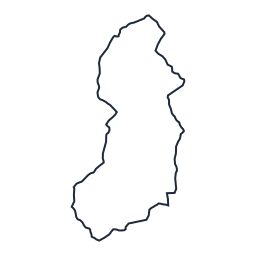 outline of Singida
{"feature_id": "TZA-3390", "entity_name": "Singida", "entity_type": "Region", "adm_level": 1, "iso_a3": "TZA", "parent_name": "United Republic of Tanzania", "parent_adm1": "", "projection": "albers", "projection_center": [34.489, -5.65], "detail": "fine", "context": "isolated", "style": "outline", "palette": "slate", "viewbox_px": 256, "rotation_deg": 0, "n_neighbors": 0, "source": "natural_earth", "source_scale": "10m", "svg_char_len": 2113}
<svg xmlns="http://www.w3.org/2000/svg" viewBox="0 0 256 256"><path d="M184.1,79.5L184.3,81.7L183.3,83.7L182.8,85.3L168.0,95.4L167.7,97.5L168.9,99.5L169.1,101.8L169.0,104.0L169.8,106.5L170.9,108.9L171.8,113.0L173.2,115.1L174.9,116.8L175.6,118.8L176.7,120.5L177.6,121.1L178.3,121.9L178.7,122.3L179.3,122.4L179.5,123.4L179.7,124.6L181.2,127.1L183.2,129.3L183.9,131.1L182.6,132.6L180.7,134.2L180.4,136.7L179.8,139.0L178.3,141.3L176.1,146.4L175.9,153.5L174.6,158.9L175.1,164.2L176.3,166.4L176.9,168.8L176.8,171.0L175.8,172.9L175.2,178.4L176.2,188.8L174.6,192.9L166.9,193.2L167.9,198.9L168.2,205.4L165.8,204.6L163.2,204.4L160.7,203.7L158.4,203.5L157.5,204.4L156.4,205.1L155.2,205.6L154.2,206.4L151.6,207.8L149.4,209.6L148.7,215.5L146.4,219.8L128.6,223.5L125.6,227.2L125.7,229.1L124.5,230.1L121.6,230.5L118.8,230.4L116.1,229.4L113.3,229.3L111.3,231.6L109.4,234.3L104.4,237.7L99.1,240.6L96.4,239.4L93.9,237.6L92.7,237.3L91.7,236.7L91.4,234.2L90.4,231.7L90.2,230.0L89.4,228.6L85.9,227.6L84.7,226.4L83.8,225.0L82.4,222.3L80.2,220.2L77.7,219.3L76.2,216.8L75.7,213.5L74.9,210.4L73.5,208.4L71.7,206.8L74.3,201.4L73.9,195.0L74.3,188.5L73.7,187.2L76.5,183.7L77.5,183.2L81.9,181.5L88.0,175.2L90.4,173.5L91.7,172.9L93.2,172.7L93.9,172.2L96.0,168.8L99.5,165.8L103.7,162.6L103.5,160.7L102.8,158.6L102.9,153.5L106.1,141.7L106.2,136.3L106.3,135.1L106.7,134.0L108.3,132.8L109.5,130.2L109.3,127.5L107.5,126.1L106.2,124.5L108.9,120.4L112.8,117.1L115.1,114.8L116.8,112.1L115.4,110.5L110.1,105.0L108.0,103.7L106.0,102.1L103.3,100.5L100.2,99.3L98.4,97.5L97.8,95.0L97.5,92.4L99.2,87.6L98.7,85.2L97.6,82.3L97.6,79.3L99.8,73.4L99.6,68.2L99.0,63.0L100.3,57.4L107.5,48.1L110.1,42.4L113.2,37.1L114.6,35.9L116.6,36.5L118.5,36.3L118.9,34.4L119.5,33.4L120.0,32.3L120.2,29.7L122.5,27.7L126.2,26.7L127.8,25.0L129.6,23.7L131.8,23.0L134.0,22.6L144.3,18.4L145.1,17.1L146.7,15.8L148.9,15.4L152.7,18.9L156.9,21.9L159.1,26.5L164.3,32.2L164.5,34.0L161.0,38.6L157.8,44.5L155.5,50.7L158.2,53.7L162.4,56.2L165.4,59.6L167.6,64.6L171.7,66.6L172.2,69.0L172.2,71.5L174.6,73.2L178.2,73.8L180.5,78.1L184.1,79.5Z" fill="none" stroke="#1e293b" stroke-width="2"/></svg>